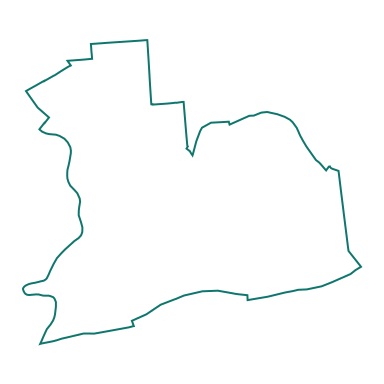 the district of Oltenita, Calarasi, Romania
{"feature_id": "2599482B1187163066673", "entity_name": "Oltenita", "entity_type": "district", "adm_level": 2, "iso_a3": "ROU", "parent_name": "Romania", "parent_adm1": "Calarasi", "projection": "orthographic", "projection_center": [26.67, 44.114], "detail": "fine", "context": "isolated", "style": "outline", "palette": "teal", "viewbox_px": 384, "rotation_deg": 0, "n_neighbors": 0, "source": "geoboundaries", "source_scale": "gbopen_adm2", "svg_char_len": 3035}
<svg xmlns="http://www.w3.org/2000/svg" viewBox="0 0 384 384"><path d="M40.2,343.9L41.1,343.6L53.3,341.2L57.3,340.1L61.5,338.7L66.8,337.5L83.7,333.5L94.4,333.6L110.0,330.8L128.6,327.4L129.5,327.2L133.1,326.2L133.8,326.1L131.9,320.8L146.4,314.3L160.7,304.7L175.0,299.2L175.7,299.0L176.0,298.9L179.7,297.3L184.1,295.5L202.4,291.3L217.9,290.7L233.2,293.4L234.0,293.6L238.0,294.2L247.4,295.2L247.6,300.1L267.8,296.7L285.1,292.5L292.7,291.1L293.4,290.9L294.6,290.7L298.1,289.8L306.9,289.4L321.7,286.3L332.0,282.2L350.4,274.1L351.6,273.2L352.2,272.7L352.4,272.6L355.5,270.1L361.0,266.8L360.1,265.6L352.5,256.0L348.5,250.9L347.8,245.7L347.2,240.7L343.2,208.9L342.9,206.4L341.0,191.2L338.6,171.4L338.5,170.9L333.3,169.1L332.6,168.9L331.4,168.3L330.8,167.9L330.6,167.6L330.0,167.0L329.9,166.5L328.9,166.6L326.1,170.4L325.0,169.2L324.0,168.0L321.6,165.2L320.3,163.7L319.1,162.5L317.5,161.2L316.9,160.8L316.0,160.1L308.5,149.5L306.2,146.2L303.3,141.3L302.8,140.5L301.5,138.0L300.7,136.7L299.6,134.4L299.1,133.3L299.1,133.1L296.7,127.8L292.7,122.3L290.1,119.8L284.6,116.8L277.3,114.2L267.2,112.0L261.3,112.6L253.8,115.6L249.3,115.8L245.5,117.5L243.9,118.2L229.6,124.6L228.8,121.7L222.2,122.1L211.0,122.7L202.0,127.7L200.1,131.2L196.3,141.3L193.0,153.8L192.5,155.4L190.6,152.6L190.0,151.3L186.5,148.6L187.8,146.4L187.5,146.2L187.3,145.7L186.2,133.4L183.6,101.9L181.9,102.0L179.2,102.4L177.8,102.6L176.4,102.8L175.3,102.7L174.5,102.8L172.4,103.1L166.9,103.6L152.6,104.6L152.6,104.2L151.3,104.2L150.7,95.2L150.3,89.0L150.0,84.4L149.1,68.8L148.6,60.6L147.3,40.1L146.9,40.1L143.9,40.3L141.7,40.5L139.4,40.7L139.0,40.7L136.0,40.9L133.1,41.1L122.6,41.8L116.4,42.2L106.1,42.9L102.3,43.2L90.9,44.0L91.2,47.6L91.4,51.2L91.6,53.1L92.1,58.8L83.6,59.6L67.5,60.8L70.8,65.5L70.4,65.7L69.3,66.2L68.7,66.5L67.3,67.3L64.2,69.2L60.2,71.7L54.7,75.3L54.0,75.6L53.9,75.6L51.6,76.9L44.9,80.7L44.3,81.1L44.2,80.8L37.1,84.8L36.1,85.4L33.0,87.1L29.6,89.0L28.2,89.8L27.0,90.5L26.0,91.1L31.2,98.5L37.6,107.5L38.1,108.0L40.1,109.7L49.0,117.5L44.6,123.1L44.4,122.9L41.9,126.1L39.4,129.3L39.8,129.7L40.4,130.3L41.2,130.8L41.4,131.0L42.0,131.6L44.7,132.8L46.3,133.5L46.9,133.6L49.2,134.1L50.2,134.2L56.0,134.7L59.5,135.9L64.4,138.7L67.8,142.4L70.3,147.2L70.9,150.5L70.8,153.4L69.4,161.7L68.4,166.2L67.5,169.6L67.3,171.9L67.2,175.4L67.4,178.5L68.4,181.9L70.2,185.6L74.9,190.5L77.3,193.2L79.7,198.5L80.1,201.7L79.2,207.2L78.8,210.4L78.7,215.2L81.0,222.2L82.4,227.4L82.3,232.0L81.1,235.3L78.7,238.0L74.4,241.0L65.0,249.5L61.0,253.6L56.9,258.2L53.8,263.6L50.3,270.7L48.5,274.9L46.7,278.5L45.5,279.6L43.7,280.7L40.8,281.3L38.6,281.9L35.3,282.7L31.4,283.4L28.8,284.1L26.3,285.2L24.5,286.4L23.5,287.6L23.0,288.6L23.1,289.6L23.8,291.5L24.9,293.3L25.8,294.1L27.0,294.7L28.0,294.9L29.4,295.0L31.4,294.8L33.8,294.6L36.2,294.4L38.8,294.5L43.0,295.6L46.6,295.7L48.8,295.7L50.4,296.1L53.0,297.1L53.9,297.9L54.7,299.1L55.9,302.0L55.9,306.7L55.5,310.3L55.0,314.4L54.3,317.4L53.1,320.5L50.5,324.6L46.8,329.2L43.4,336.6L41.7,340.6L40.2,343.9Z" fill="none" stroke="#0f766e" stroke-width="2"/></svg>